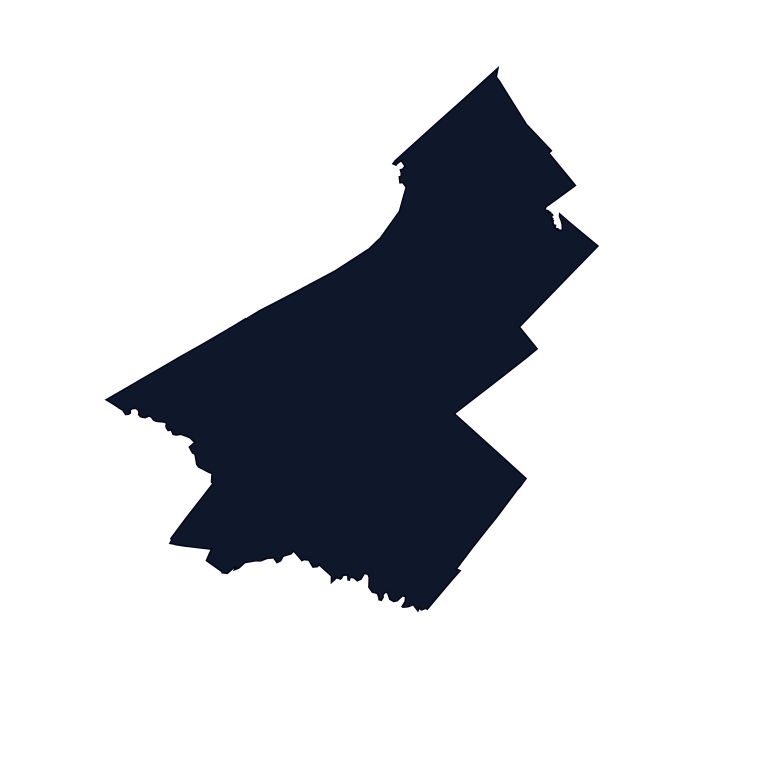 Ungheni, Arges, Romania, rotated 150°
{"feature_id": "2599482B46615052617828", "entity_name": "Ungheni", "entity_type": "district", "adm_level": 2, "iso_a3": "ROU", "parent_name": "Romania", "parent_adm1": "Arges", "projection": "equal_earth", "projection_center": [24.938, 44.514], "detail": "fine", "context": "isolated", "style": "filled", "palette": "ink", "viewbox_px": 768, "rotation_deg": 150, "n_neighbors": 0, "source": "geoboundaries", "source_scale": "gbopen_adm2", "svg_char_len": 3363}
<svg xmlns="http://www.w3.org/2000/svg" viewBox="0 0 768 768"><g transform="rotate(150 384 384)"><path d="M632.6,509.3L629.7,504.1L625.9,496.9L625.7,496.1L624.0,493.0L623.2,492.2L623.3,491.0L623.0,486.7L620.4,485.5L618.1,485.7L616.9,488.3L614.3,488.5L610.8,486.8L609.9,483.8L610.6,481.6L611.8,480.2L611.3,477.4L607.8,474.3L603.4,473.7L602.0,471.6L601.6,467.9L599.8,465.5L596.9,463.4L593.7,461.2L592.2,459.6L592.5,457.8L593.7,457.0L594.4,455.0L594.2,451.6L591.3,450.7L591.8,446.0L589.7,443.8L585.1,442.0L578.9,434.6L577.5,429.4L576.9,428.1L584.2,426.7L584.3,420.0L582.8,417.7L586.4,407.9L586.4,407.7L586.1,404.9L579.7,394.9L577.6,392.5L582.5,385.3L581.9,383.3L623.0,366.6L645.8,356.8L646.1,354.9L649.1,353.0L646.5,350.9L644.7,349.0L637.9,343.5L616.0,327.2L620.2,324.3L626.1,319.9L618.1,302.4L618.6,301.5L614.4,298.3L606.7,299.9L603.1,300.3L606.6,297.9L601.7,297.2L593.7,298.9L583.6,295.1L579.3,292.5L572.5,291.4L566.5,288.7L566.0,282.8L561.9,282.6L557.4,285.3L549.6,283.4L545.8,284.5L544.6,278.9L543.4,272.1L541.0,271.9L537.2,269.1L537.1,261.0L533.0,259.1L530.6,259.8L525.5,244.0L528.8,238.4L524.4,239.3L522.5,240.1L520.2,238.2L519.3,236.8L517.6,237.2L515.4,238.7L512.1,237.5L511.3,235.9L513.1,232.3L512.1,231.5L509.9,233.5L507.1,231.3L505.5,226.9L501.5,226.5L495.6,229.8L493.0,227.1L493.6,223.9L496.1,219.7L498.7,215.6L498.2,209.6L494.6,206.1L495.1,201.9L496.2,199.7L494.5,198.0L491.4,199.7L490.3,201.9L487.4,202.9L485.2,201.8L486.6,194.6L484.3,190.7L480.9,189.7L473.9,191.3L471.6,189.1L474.4,185.1L479.7,182.2L479.1,181.2L474.7,179.1L471.8,178.6L469.1,178.3L468.7,177.0L468.9,176.2L468.6,174.9L468.1,170.5L465.4,172.5L464.7,169.7L460.2,168.9L459.3,167.7L459.2,167.3L421.8,180.8L411.3,184.2L413.9,187.6L391.9,196.9L368.8,206.2L354.2,211.8L321.6,225.7L317.6,227.0L316.8,227.3L308.2,231.1L318.4,263.0L324.3,281.1L329.8,298.2L337.9,323.1L330.6,324.1L307.8,327.2L295.6,328.8L267.6,332.7L246.6,335.7L233.8,337.9L238.2,365.8L237.4,365.9L210.3,373.7L184.7,380.9L171.2,384.8L158.7,388.3L158.3,388.4L131.5,396.0L129.7,396.5L137.0,416.1L143.2,432.9L146.8,443.6L148.1,441.6L148.6,439.2L148.9,436.8L149.8,433.5L152.4,428.3L156.6,429.5L156.6,429.8L156.2,430.3L155.8,430.1L155.4,430.3L155.9,431.6L157.0,432.2L157.6,433.1L157.3,433.9L158.4,434.4L159.0,434.5L156.8,434.8L156.1,435.6L157.2,436.6L157.8,437.8L157.0,438.7L157.0,439.3L155.6,440.9L157.2,441.9L156.7,443.1L155.6,442.5L155.1,442.7L155.6,444.4L155.5,445.2L154.2,445.7L153.7,445.6L153.4,446.7L154.1,447.6L154.7,448.0L154.9,448.9L154.7,449.0L154.2,448.8L153.9,449.2L154.6,450.2L156.0,450.0L156.7,449.8L156.8,450.2L156.4,450.8L155.5,451.2L155.0,451.7L157.3,454.0L157.4,454.8L155.7,455.8L155.5,456.4L144.0,457.5L118.9,460.2L125.8,501.6L122.4,502.3L128.2,526.7L131.2,539.1L130.9,539.3L132.0,569.8L132.2,575.6L132.6,588.7L133.2,593.8L127.2,600.7L174.7,590.4L207.1,583.7L244.0,575.8L262.7,571.8L266.2,570.3L264.2,567.6L262.5,568.3L257.4,568.8L256.8,562.2L260.7,560.7L262.7,561.4L263.7,557.7L265.5,555.2L267.2,555.8L269.6,550.3L267.0,549.0L266.5,543.7L266.8,542.9L273.9,536.1L284.3,525.8L315.1,511.8L316.2,511.8L329.2,508.5L369.4,506.4L395.6,507.3L419.9,508.1L441.2,509.0L456.6,509.8L457.2,509.6L469.0,509.4L469.9,508.9L471.1,509.8L484.7,509.4L501.1,509.3L517.8,509.2L529.6,509.3L545.5,509.5L549.5,509.5L561.6,509.4L577.2,509.4L592.8,509.4L611.7,509.3L632.6,509.3Z" fill="#0f172a" stroke="#020617" stroke-width="1.5"/></g></svg>